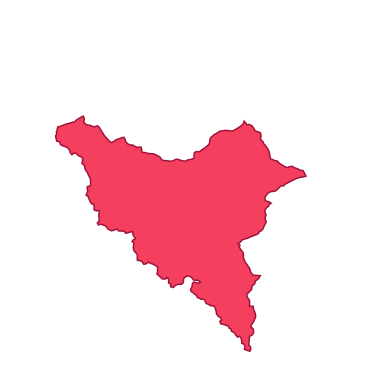 outline of Morretes, Paraná, Brazil, rotated 309°
{"feature_id": "56859067B69692518230382", "entity_name": "Morretes", "entity_type": "district", "adm_level": 2, "iso_a3": "BRA", "parent_name": "Brazil", "parent_adm1": "Paraná", "projection": "orthographic", "projection_center": [-48.868, -25.508], "detail": "fine", "context": "isolated", "style": "filled", "palette": "rose", "viewbox_px": 384, "rotation_deg": 309, "n_neighbors": 0, "source": "geoboundaries", "source_scale": "gbopen_adm2", "svg_char_len": 4284}
<svg xmlns="http://www.w3.org/2000/svg" viewBox="0 0 384 384"><g transform="rotate(309 192 192)"><path d="M182.4,59.5L179.5,58.4L175.8,57.0L173.0,56.7L169.1,54.0L165.3,51.2L160.6,48.6L158.2,46.8L156.5,47.4L154.9,48.4L153.1,48.9L152.1,50.4L149.8,50.6L146.4,54.8L147.7,57.6L146.0,60.0L146.8,63.2L148.2,67.3L147.5,70.4L145.7,73.0L145.4,75.3L147.7,75.5L149.4,78.1L148.6,80.3L149.5,83.3L149.3,86.0L147.6,87.1L144.9,88.5L145.1,91.1L143.6,93.5L142.3,94.8L141.3,98.4L139.9,101.0L139.0,103.0L138.0,105.2L135.0,107.6L133.7,108.9L131.9,108.6L130.3,107.3L128.7,108.4L127.1,110.5L122.9,111.7L123.2,114.1L121.7,116.5L120.5,118.7L119.6,121.4L120.7,123.3L118.9,125.2L116.5,127.1L117.1,129.5L119.1,131.2L117.9,132.7L114.9,134.3L112.9,136.8L110.7,138.1L108.3,137.9L107.5,140.1L109.5,141.1L111.3,146.1L110.3,149.7L111.2,153.9L113.6,155.6L116.2,157.1L115.5,159.4L117.0,161.3L118.8,164.0L118.3,166.6L120.6,168.2L122.0,169.2L123.8,170.8L121.5,173.3L120.1,177.5L118.3,176.6L115.9,176.5L115.5,179.2L111.8,181.4L110.1,183.4L109.3,186.0L109.5,187.9L108.1,189.6L106.1,191.1L104.5,192.6L106.1,194.8L106.3,197.3L105.5,200.1L107.8,201.8L110.2,202.2L110.2,204.1L111.1,206.2L111.8,209.2L112.2,212.2L108.8,215.0L106.2,216.4L106.0,220.6L105.8,223.6L107.7,226.2L109.7,226.0L109.7,228.2L108.4,229.8L106.5,231.1L107.1,233.3L104.9,234.9L105.9,237.5L108.8,237.9L111.5,239.1L113.6,241.9L115.9,242.3L117.9,241.1L119.5,240.0L121.5,240.3L123.5,240.9L125.0,243.1L125.3,245.5L124.5,248.6L127.2,252.3L127.4,255.1L125.3,254.8L124.2,252.0L122.7,249.8L120.3,250.3L118.4,251.7L115.3,252.2L114.1,254.0L114.5,256.1L114.2,258.3L114.6,260.4L113.4,262.6L114.1,264.6L114.3,266.6L115.6,268.0L116.2,269.9L115.0,271.6L114.3,273.5L115.1,275.3L115.4,278.3L116.7,279.6L117.1,281.9L115.0,285.2L112.5,288.0L111.9,291.3L112.5,293.1L110.9,295.7L109.1,295.0L107.6,297.2L108.7,299.4L109.7,301.9L110.6,304.8L109.6,306.7L110.1,308.8L108.6,310.3L109.3,313.3L108.4,316.1L107.9,318.6L109.8,319.8L109.4,322.0L107.9,323.9L105.7,326.0L106.5,328.0L105.3,330.5L102.8,331.6L103.4,334.0L104.7,337.2L107.1,336.5L108.5,334.7L108.9,332.3L116.1,327.6L119.1,328.8L121.3,328.5L122.8,327.3L124.1,325.6L124.3,322.5L127.3,321.6L129.7,321.6L134.9,320.1L137.0,318.2L138.4,316.0L139.7,313.4L141.7,311.6L139.5,308.4L141.0,307.4L142.7,306.1L144.1,304.5L145.1,300.8L147.2,298.9L149.5,299.3L153.7,299.6L156.7,297.9L160.1,298.5L162.6,297.3L166.6,298.3L170.0,297.7L166.1,292.3L166.1,289.8L167.2,287.2L168.9,284.9L169.6,282.4L170.3,280.2L171.2,277.1L173.2,273.4L175.2,271.9L177.0,269.9L177.8,266.6L178.9,263.3L180.8,262.9L180.6,260.5L183.2,261.1L186.5,261.2L191.0,264.2L195.2,266.4L199.6,269.0L201.8,269.9L203.9,269.0L205.2,270.2L207.4,270.4L209.3,270.0L211.2,269.4L214.1,268.9L215.9,268.1L216.9,266.0L218.2,264.8L220.9,264.0L221.6,262.2L223.6,260.1L226.3,259.8L229.2,260.4L230.8,259.8L233.1,260.6L232.9,258.0L231.4,254.9L233.1,252.2L236.3,251.8L238.9,251.8L241.6,252.8L245.2,256.2L248.6,256.9L252.7,257.2L254.4,259.3L256.8,259.5L266.8,263.9L269.8,265.6L273.2,268.5L276.1,270.6L278.6,264.7L277.2,263.0L276.5,259.7L275.5,256.7L275.0,253.8L273.2,251.9L270.8,250.6L270.1,248.2L269.7,245.1L269.3,241.9L269.7,238.6L268.5,236.5L267.9,234.3L267.2,232.2L268.2,230.8L270.9,227.8L272.1,226.2L273.3,223.4L273.8,221.4L274.4,219.6L274.6,217.4L275.9,215.1L275.8,212.2L279.0,210.5L281.1,207.8L279.3,202.6L280.8,198.8L281.2,196.5L280.3,193.7L278.7,192.3L279.4,190.5L279.8,187.9L277.6,188.9L274.0,188.5L267.5,186.3L264.6,184.8L263.0,182.3L261.4,179.7L256.6,175.3L252.5,174.0L250.7,173.2L245.7,172.3L243.3,173.4L240.5,175.1L237.7,175.0L233.4,173.9L230.5,173.0L228.2,172.7L226.0,169.8L223.9,169.1L222.3,170.1L219.6,172.3L217.1,171.0L214.6,168.7L212.0,167.6L210.2,165.0L209.4,163.0L208.7,160.9L207.7,159.2L204.6,157.7L202.8,156.6L201.1,153.8L198.9,150.5L198.0,148.7L198.9,145.1L198.6,142.6L198.1,140.6L197.7,138.4L196.5,136.7L194.1,133.2L193.2,130.9L191.3,128.1L193.5,126.0L194.8,124.1L193.3,122.4L192.0,121.0L191.5,118.7L191.2,116.2L189.8,114.8L188.9,111.6L189.5,108.7L190.6,107.2L191.7,104.8L190.1,103.2L187.5,102.0L186.1,100.8L184.4,99.9L182.1,99.5L179.3,97.9L179.8,93.8L180.2,91.2L180.7,88.3L181.6,85.9L182.3,83.4L183.1,81.4L183.9,79.3L184.0,76.9L180.8,74.8L179.9,71.4L178.7,69.0L177.6,67.1L178.3,63.6L180.5,62.7L181.9,61.3L182.4,59.5Z" fill="#f43f5e" stroke="#9f1239" stroke-width="1.5"/></g></svg>